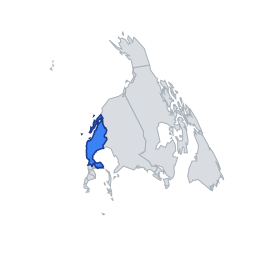 Mexico on a map of North America (Robinson projection), rotated 64°
{"feature_id": "MEX", "entity_name": "Mexico", "entity_type": "country or territory", "adm_level": 0, "iso_a3": "MEX", "parent_name": "North America", "parent_adm1": "", "projection": "robinson", "projection_center": [-103.635, 23.63], "detail": "fine", "context": "in_parent", "style": "filled", "palette": "blue", "viewbox_px": 256, "rotation_deg": 64, "n_neighbors": 17, "source": "natural_earth", "source_scale": "50m", "svg_char_len": 13742}
<svg xmlns="http://www.w3.org/2000/svg" viewBox="0 0 256 256"><g transform="rotate(64 128 128)"><path d="M97.6,116.3L93.9,113.7L91.4,113.0L91.2,110.3L88.1,106.8L89.3,104.0L83.3,97.3L80.3,98.8L76.2,96.4L80.9,81.0L85.8,82.3L95.0,80.9L96.4,79.8L98.9,81.4L100.7,80.3L100.6,81.5L104.1,80.8L111.3,82.3L112.8,83.1L111.1,83.9L113.2,84.2L117.6,83.7L118.8,84.7L120.2,83.9L119.0,83.2L119.8,82.7L122.2,82.4L127.9,84.3L131.5,84.1L131.3,83.1L132.4,82.8L134.3,83.3L134.4,84.8L136.4,82.0L133.7,80.4L133.6,78.7L134.9,77.6L137.7,78.5L139.5,80.2L138.5,81.0L140.8,81.3L140.9,83.0L142.4,81.7L144.0,82.7L143.8,83.9L145.1,85.0L146.9,82.5L146.7,80.7L150.2,81.1L151.9,81.9L151.4,83.5L152.4,85.1L147.2,86.0L145.6,88.9L141.6,90.8L137.4,95.4L137.1,98.7L139.1,99.0L140.5,101.9L154.5,105.3L155.2,108.6L158.8,112.3L160.3,109.9L158.0,106.1L161.9,102.9L158.6,99.0L159.8,97.1L158.0,93.0L163.4,92.8L169.5,95.1L170.8,98.7L173.3,100.0L176.4,96.3L182.3,102.1L182.0,103.2L189.0,106.2L191.9,108.6L192.6,110.6L187.4,114.0L178.3,114.1L172.6,120.2L180.6,115.9L182.0,116.7L180.9,118.0L182.5,121.3L184.6,122.2L187.0,121.9L188.0,119.9L189.5,121.9L182.1,126.2L181.0,126.1L180.6,124.5L182.9,123.0L179.0,123.3L177.4,119.8L175.2,119.1L172.6,123.5L167.6,123.6L157.1,129.7L156.0,129.1L157.2,126.2L156.2,122.9L147.2,117.5L142.5,117.8L137.9,115.6L97.6,116.3ZM150.4,92.8L151.2,92.0L153.0,92.0L151.7,93.3L150.4,92.8ZM152.4,76.3L150.9,75.0L156.4,76.3L154.0,76.2L152.4,76.3ZM156.2,94.1L155.6,92.9L156.6,93.3L156.2,94.1ZM136.3,73.0L135.8,73.6L132.8,73.1L134.8,72.1L136.3,73.0ZM135.6,69.5L133.2,69.5L132.8,69.1L135.0,69.1L135.6,69.5ZM130.4,67.7L133.7,68.3L131.9,69.1L130.4,67.7ZM151.6,73.1L137.7,73.2L135.8,71.2L132.2,70.6L138.2,70.5L141.1,72.2L149.9,72.0L151.6,73.1ZM115.6,68.8L118.6,68.9L114.7,69.2L115.6,68.8ZM117.0,67.7L118.9,68.0L115.9,68.3L117.0,67.7ZM193.1,112.1L192.2,114.8L197.2,115.8L197.1,117.2L198.0,116.8L199.2,118.9L199.0,120.5L197.3,120.3L196.8,118.5L195.5,120.1L193.9,118.8L189.6,118.8L190.9,113.2L193.1,112.1ZM147.2,87.3L153.1,90.2L155.0,90.6L151.1,90.0L148.3,91.8L146.0,91.0L147.2,87.3ZM151.6,77.4L154.7,76.4L166.1,79.7L169.0,81.8L167.0,82.6L176.4,85.5L174.9,88.5L170.7,86.3L169.1,86.5L169.3,87.4L174.7,91.2L174.6,92.4L169.3,90.6L173.5,93.7L169.9,93.0L161.3,89.1L156.7,89.2L157.3,88.0L162.1,87.8L163.0,84.9L161.9,83.6L154.3,80.3L142.8,79.9L141.7,79.4L142.9,78.7L141.2,78.7L140.6,77.2L142.4,75.2L145.3,74.8L144.6,75.8L145.7,76.7L149.2,74.9L151.5,76.4L151.6,77.4ZM133.8,75.3L137.8,74.3L140.0,74.7L134.7,77.4L133.8,75.3ZM104.3,71.5L108.7,69.5L111.9,69.4L110.6,70.9L104.3,71.5ZM84.3,108.4L86.3,107.1L85.5,109.1L86.5,110.6L84.3,108.4ZM123.3,67.1L128.1,67.8L129.4,69.0L123.6,68.3L124.6,67.9L123.3,67.1ZM96.5,117.2L93.5,116.6L90.1,113.1L93.7,113.9L96.5,117.2ZM101.4,74.1L109.6,74.2L111.8,75.3L107.4,76.7L105.7,78.4L102.5,79.2L99.5,77.7L102.3,75.0L101.4,74.1ZM118.8,70.5L122.9,72.3L115.6,73.9L113.8,73.4L116.2,72.8L109.7,72.7L112.5,71.0L119.2,72.3L117.8,71.0L118.8,70.5ZM119.8,75.9L123.2,76.5L124.2,79.0L128.2,81.2L126.3,81.3L126.7,82.5L122.4,81.8L113.6,82.9L109.0,80.6L114.9,80.0L108.4,79.7L107.9,79.2L110.7,78.6L106.9,78.2L112.1,75.5L113.2,75.8L112.6,76.5L118.1,76.1L119.9,78.0L120.5,77.4L119.8,75.9ZM128.9,76.4L127.6,75.5L132.3,74.9L131.6,76.0L133.3,76.7L133.2,78.0L131.3,78.6L126.5,76.7L128.9,76.4ZM121.9,75.1L123.4,75.0L124.2,75.4L123.2,76.4L121.9,75.1ZM126.4,71.2L131.6,71.3L131.3,73.0L126.5,72.2L126.4,71.2ZM132.3,65.9L136.5,64.7L143.6,67.0L140.6,68.5L136.5,68.4L135.3,67.8L136.0,67.0L132.3,65.9ZM137.2,64.0L148.9,62.7L166.2,63.2L161.1,64.5L163.3,64.5L158.5,66.4L152.8,67.0L154.3,67.2L153.7,67.5L154.8,68.1L150.8,70.0L152.9,70.5L150.3,71.4L140.5,71.0L142.2,70.0L141.5,69.0L145.1,69.5L141.7,68.4L144.4,67.0L142.2,65.8L147.3,65.6L141.5,65.5L137.2,64.0ZM159.8,84.6L157.8,85.2L157.3,84.4L158.7,83.3L159.8,84.6ZM131.6,80.3L134.7,81.9L134.0,82.5L129.8,81.5L131.6,80.3ZM181.1,114.7L183.6,115.0L185.3,116.1L182.6,115.6L181.1,114.7ZM182.9,119.9L183.6,120.7L186.0,120.9L185.0,121.8L182.9,121.0L182.9,119.9Z" fill="#d9dde1" stroke="#a8b0b8" stroke-width="1"/><path d="M97.6,116.3L137.9,115.6L142.5,117.8L147.2,117.5L156.2,122.9L156.7,129.7L167.6,123.6L172.6,123.5L175.2,119.1L177.4,119.8L179.4,123.9L175.0,126.0L174.3,128.5L175.8,129.7L170.4,131.0L173.0,131.0L170.0,131.4L169.0,134.7L167.9,133.7L168.9,135.7L167.7,137.9L166.8,134.3L167.0,136.3L165.9,136.0L168.4,141.0L160.3,148.7L162.8,157.2L162.4,160.3L160.2,159.1L156.7,151.5L154.5,152.0L152.4,150.6L147.4,151.1L147.7,152.9L139.4,152.3L135.5,155.4L135.0,159.1L132.6,158.1L129.4,152.5L124.7,152.7L120.7,148.1L113.6,148.9L107.9,146.3L104.1,146.6L102.0,143.9L98.8,142.8L93.8,132.2L95.4,122.6L94.8,117.8L97.0,118.0L97.6,119.7L97.6,116.3ZM80.9,81.0L76.2,96.4L80.3,98.8L83.3,97.3L89.3,104.0L88.2,105.9L84.5,100.1L81.1,100.0L77.4,97.7L68.6,95.4L67.0,95.8L66.9,96.9L61.5,98.3L64.2,94.7L58.6,98.0L59.3,98.9L57.6,100.1L50.6,103.8L40.7,106.3L50.9,102.1L54.3,98.8L47.6,99.2L47.8,96.9L44.5,96.0L44.3,94.4L45.2,93.4L47.6,91.6L52.9,90.6L52.4,89.5L53.6,88.9L48.1,89.4L45.2,87.4L50.4,86.0L53.5,86.7L49.1,83.1L50.3,82.3L63.7,78.5L80.9,81.0ZM39.0,90.6L40.5,90.7L42.5,91.4L41.1,91.9L39.0,90.6ZM40.4,170.5L42.4,170.9L40.9,172.0L40.4,170.5ZM39.7,168.1L40.0,168.9L39.6,168.3L39.7,168.1ZM38.7,167.7L39.5,168.0L38.6,167.9L38.7,167.7ZM37.3,167.5L38.1,167.5L37.3,167.5ZM35.1,165.8L35.3,166.5L34.8,166.1L35.1,165.8ZM41.5,96.5L43.9,96.4L43.7,97.0L41.5,96.5ZM56.6,101.3L60.1,101.1L56.5,102.1L56.6,101.3Z" fill="#d9dde1" stroke="#a8b0b8" stroke-width="1"/><path d="M176.8,170.5L177.0,173.6L172.5,173.1L175.9,172.5L174.4,170.1L176.8,170.5Z" fill="#d9dde1" stroke="#a8b0b8" stroke-width="1"/><path d="M177.5,174.5L177.0,170.2L182.4,172.6L178.6,172.9L177.5,174.5Z" fill="#d9dde1" stroke="#a8b0b8" stroke-width="1"/><path d="M164.6,158.0L166.3,157.2L166.4,157.7L164.6,158.0ZM166.4,156.9L167.7,157.7L167.5,159.0L167.1,157.8L166.4,156.9ZM165.6,161.5L166.4,160.4L167.1,163.0L165.6,161.5Z" fill="#d9dde1" stroke="#a8b0b8" stroke-width="1"/><path d="M180.9,63.2L188.0,62.2L199.1,62.2L206.2,63.1L196.0,63.7L206.3,64.2L206.0,64.8L212.3,64.0L216.8,64.7L210.4,65.9L212.9,66.0L212.8,67.8L214.4,69.4L216.7,70.3L213.7,70.8L216.5,71.5L218.0,72.7L216.9,72.8L219.4,74.1L215.9,75.5L218.7,77.2L215.7,77.0L219.8,78.3L221.2,79.5L219.4,79.8L215.9,78.4L217.1,79.4L216.3,80.2L221.2,80.3L204.6,87.8L204.5,91.1L203.0,92.4L204.2,93.7L204.3,96.7L197.4,95.4L191.1,90.8L185.8,85.0L187.7,80.6L183.4,81.1L182.9,79.3L186.5,79.7L180.6,78.0L181.2,76.6L174.7,72.3L163.5,71.5L159.8,70.2L164.6,69.7L157.2,68.8L164.4,66.9L164.5,66.4L161.6,66.0L166.7,64.7L165.9,64.2L177.6,63.4L184.1,64.3L180.9,63.2Z" fill="#d9dde1" stroke="#a8b0b8" stroke-width="1"/><path d="M168.3,191.1L167.5,193.8L165.4,190.5L162.5,193.8L159.3,192.2L159.1,189.6L161.6,190.9L165.5,189.5L168.3,191.1Z" fill="#d9dde1" stroke="#a8b0b8" stroke-width="1"/><path d="M159.8,189.4L159.1,191.9L154.7,188.7L154.2,187.0L157.9,186.9L159.8,189.4Z" fill="#d9dde1" stroke="#a8b0b8" stroke-width="1"/><path d="M157.9,186.9L154.5,186.6L151.3,183.2L155.7,179.7L158.6,179.3L157.9,186.9Z" fill="#d9dde1" stroke="#a8b0b8" stroke-width="1"/><path d="M158.6,179.3L155.7,179.7L151.9,183.1L148.5,180.4L150.8,177.7L155.5,177.5L158.6,179.3Z" fill="#d9dde1" stroke="#a8b0b8" stroke-width="1"/><path d="M148.5,180.4L151.2,181.6L150.9,182.8L147.3,181.7L148.5,180.4Z" fill="#d9dde1" stroke="#a8b0b8" stroke-width="1"/><path d="M143.8,180.2L144.5,177.3L146.6,177.3L145.0,175.1L145.7,174.1L148.7,174.1L148.6,177.7L150.3,178.0L148.5,180.4L147.3,181.7L143.8,180.2Z" fill="#d9dde1" stroke="#a8b0b8" stroke-width="1"/><path d="M148.7,174.1L150.4,173.1L149.1,177.7L148.6,177.7L148.7,174.1Z" fill="#d9dde1" stroke="#a8b0b8" stroke-width="1"/><path d="M184.4,172.7L186.9,173.3L184.3,173.8L184.4,172.7Z" fill="#d9dde1" stroke="#a8b0b8" stroke-width="1"/><path d="M166.2,173.3L168.5,173.0L169.7,173.9L166.2,173.3Z" fill="#d9dde1" stroke="#a8b0b8" stroke-width="1"/><path d="M159.5,164.1L165.9,165.3L172.8,169.5L167.0,170.3L168.1,169.2L165.4,167.0L160.3,165.1L155.3,166.5L159.5,164.1Z" fill="#d9dde1" stroke="#a8b0b8" stroke-width="1"/><path d="M193.5,188.5L195.2,187.0L195.1,188.4L193.5,188.5Z" fill="#d9dde1" stroke="#a8b0b8" stroke-width="1"/><path d="M104.1,146.6L107.9,146.3L107.7,146.7L113.6,148.9L118.0,148.9L118.0,148.0L120.8,148.1L121.3,148.7L121.5,148.8L122.2,149.5L123.2,150.3L123.6,151.1L123.6,151.4L123.6,151.6L124.0,152.2L124.6,152.6L124.9,152.7L125.8,153.2L126.1,153.1L126.4,152.8L126.6,152.0L126.8,151.8L127.0,151.8L127.2,151.6L127.4,151.6L127.8,151.7L128.5,151.7L128.7,151.8L129.8,152.9L130.4,154.2L130.5,154.5L130.8,154.8L131.4,155.6L131.8,155.9L131.8,156.3L131.9,156.6L131.9,156.8L132.2,157.4L132.4,158.0L133.0,158.2L133.1,158.3L133.6,158.5L133.8,158.6L134.5,158.7L134.9,158.8L135.2,159.1L135.4,158.9L135.6,158.9L135.5,159.3L135.0,160.7L134.8,161.8L134.7,163.0L134.7,164.5L134.5,165.1L134.5,165.3L134.7,166.1L135.0,166.6L135.4,167.1L135.2,167.6L135.3,167.1L134.9,166.7L134.7,166.2L134.9,167.0L135.1,167.2L135.6,168.5L136.8,170.2L137.1,171.2L137.6,171.8L137.7,172.0L137.9,172.2L137.7,172.1L138.2,172.4L138.3,172.4L138.0,172.3L138.3,172.4L138.9,172.4L139.2,172.7L139.5,172.8L139.9,173.4L140.1,173.4L140.5,173.4L141.5,172.9L142.2,172.9L142.6,172.8L142.8,172.7L143.3,172.5L144.1,172.4L144.2,172.5L144.4,172.8L144.8,172.9L145.2,172.6L145.2,172.4L145.1,172.2L144.9,172.2L145.0,172.1L145.7,171.6L146.1,171.2L146.1,170.5L146.5,170.1L146.4,169.0L146.6,168.1L147.5,167.6L149.0,167.4L149.7,167.1L150.4,167.0L151.6,167.3L151.8,167.2L151.7,167.1L151.4,167.1L151.8,167.0L152.0,167.0L152.3,167.3L152.3,167.7L152.4,167.8L152.2,168.5L151.7,169.0L151.4,169.6L151.3,169.8L151.4,170.3L151.2,170.4L151.0,170.7L151.1,170.8L151.4,170.8L151.3,171.0L151.1,171.2L151.1,171.4L151.3,171.3L151.1,172.2L151.0,172.5L150.9,173.1L150.7,173.2L150.6,172.9L150.5,172.4L150.5,172.2L150.4,172.2L150.2,172.4L150.2,172.5L150.1,172.8L149.7,172.9L149.6,173.2L149.3,173.8L149.1,173.9L148.9,173.7L148.7,173.8L148.7,174.1L145.7,174.1L145.7,175.1L145.1,175.1L145.8,175.8L146.2,176.1L146.3,176.5L146.7,176.7L146.7,177.3L144.6,177.3L143.8,178.8L144.0,179.2L143.9,179.4L143.9,179.6L143.9,179.9L143.8,180.2L142.8,179.0L142.3,178.5L141.0,177.3L140.3,176.9L140.2,176.9L140.2,177.0L140.6,177.2L140.9,177.4L140.1,177.1L139.8,177.1L139.9,176.9L139.6,176.9L139.4,176.7L139.2,176.9L139.6,177.1L139.0,177.1L138.5,177.5L138.0,177.7L137.3,178.0L136.8,178.1L136.3,178.0L135.7,177.6L134.8,177.5L134.1,177.1L133.5,176.9L133.1,176.4L131.6,176.1L131.1,175.7L129.7,175.2L128.9,174.6L128.7,174.4L128.0,173.8L127.5,173.8L126.7,173.6L125.5,173.1L124.8,172.2L124.0,171.7L123.1,171.3L122.8,170.8L122.5,170.5L122.2,170.0L121.9,169.3L122.1,169.1L122.4,169.0L122.6,168.9L122.6,168.7L122.2,168.5L122.6,167.9L122.7,167.2L122.3,167.0L122.0,166.3L122.0,165.7L121.7,165.1L120.8,164.0L120.5,163.6L119.9,162.8L118.6,161.7L119.0,161.9L119.0,161.6L118.5,161.5L118.3,161.4L118.2,161.2L117.8,160.5L118.0,160.6L117.6,160.3L117.1,160.0L117.0,159.9L117.0,159.7L116.6,159.8L116.5,159.6L116.8,159.3L116.6,159.5L116.3,159.6L116.1,159.5L116.0,159.3L116.0,158.8L116.3,158.2L116.5,158.3L116.3,158.2L116.2,157.8L115.9,157.5L115.5,157.5L115.2,157.2L115.2,156.8L114.6,156.6L114.3,156.4L114.2,156.1L114.1,155.7L114.3,155.3L113.9,155.2L113.6,155.3L113.3,155.1L113.1,154.9L112.8,154.4L112.4,154.2L112.0,153.6L111.7,153.2L111.6,152.7L111.4,152.6L111.3,152.2L110.8,151.4L110.7,150.8L110.4,150.1L110.3,149.9L110.3,149.6L110.3,149.4L110.4,149.2L109.5,148.9L109.5,148.6L109.3,148.5L109.0,148.3L108.9,148.5L108.7,148.6L107.5,147.8L107.6,148.0L107.7,148.3L107.6,148.5L107.5,149.2L107.7,149.6L107.8,149.9L107.9,150.4L107.8,150.9L108.0,151.3L108.2,151.7L108.5,151.9L109.2,152.5L109.5,153.0L109.6,153.4L109.8,153.3L109.9,153.6L110.0,153.6L110.2,154.1L110.6,154.3L110.6,154.5L110.6,154.9L110.7,155.1L110.7,155.4L111.0,155.7L111.4,156.0L111.6,156.6L111.9,156.8L111.9,157.0L112.1,157.2L112.1,157.6L112.3,157.7L112.2,157.4L112.2,157.2L112.6,157.5L112.7,157.9L112.7,158.1L112.9,158.6L113.0,159.2L113.2,159.6L113.4,159.7L113.6,160.4L113.9,160.9L113.8,161.4L113.9,161.9L114.1,162.1L114.3,162.2L114.4,162.4L114.5,162.2L114.6,161.9L115.0,162.2L115.3,162.7L115.5,162.9L115.5,163.2L115.8,163.3L115.9,163.5L115.8,164.1L115.3,164.5L115.0,164.6L114.8,164.4L114.7,163.8L114.4,163.3L114.0,163.0L113.3,162.3L112.7,161.9L112.3,161.5L112.1,161.5L112.0,161.3L111.7,161.0L111.6,160.6L111.7,159.8L111.6,159.0L111.3,158.4L110.8,158.2L110.2,157.7L110.0,157.1L109.8,157.3L109.6,157.3L109.3,157.5L108.9,157.0L108.7,157.0L108.5,156.8L108.0,156.5L107.9,156.1L107.2,155.6L107.1,155.4L107.8,155.5L108.0,155.5L108.3,155.3L108.3,155.5L108.5,155.7L108.5,155.4L108.5,155.2L108.3,155.2L108.6,154.7L108.7,154.3L108.5,154.0L107.3,152.6L107.0,152.4L106.2,151.8L106.1,151.5L106.0,151.4L106.0,150.8L105.9,150.7L105.7,150.6L105.6,149.9L105.3,149.6L105.2,149.1L104.7,148.4L104.7,148.2L104.8,148.1L104.8,147.9L104.5,147.6L104.4,147.3L104.2,147.0L104.1,146.6ZM111.6,153.2L111.5,153.7L111.1,153.5L111.2,152.9L111.3,152.8L111.5,152.8L111.6,153.2ZM110.1,153.1L109.6,152.7L109.5,152.2L109.7,152.3L109.8,152.6L110.1,152.7L110.1,153.1ZM152.4,168.9L152.1,169.5L152.0,169.3L152.1,169.1L152.4,168.9ZM111.7,161.5L111.5,161.3L111.5,161.2L111.3,161.1L111.5,160.8L111.6,160.1L111.6,160.3L111.5,161.0L111.7,161.5ZM106.9,154.8L106.9,155.0L106.6,154.9L106.8,154.7L106.7,154.4L106.8,154.4L106.9,154.8ZM102.1,153.3L101.8,153.0L101.9,152.9L102.0,152.9L102.1,153.3ZM112.3,161.8L111.8,161.5L112.0,161.5L112.3,161.8ZM120.6,167.0L120.4,167.1L120.4,166.8L120.5,166.9L120.6,167.0ZM114.1,160.7L114.1,160.9L114.0,160.7L113.9,160.5L114.1,160.7ZM113.3,158.7L113.3,158.9L113.2,158.8L113.1,159.1L113.2,158.7L113.3,158.7ZM113.4,172.3L113.2,172.3L113.3,172.1L113.4,172.3ZM144.6,172.5L144.4,172.5L144.7,172.3L144.8,172.3L144.6,172.5ZM115.3,162.3L115.2,162.2L115.2,161.9L115.3,162.2L115.3,162.3Z" fill="#3b82f6" stroke="#1e3a8a" stroke-width="1.5"/></g></svg>